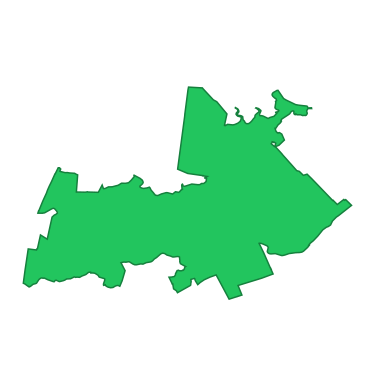 Snagov, Ilfov, Romania, rotated 5°
{"feature_id": "2599482B17655976887004", "entity_name": "Snagov", "entity_type": "district", "adm_level": 2, "iso_a3": "ROU", "parent_name": "Romania", "parent_adm1": "Ilfov", "projection": "natural_earth1", "projection_center": [26.137, 44.692], "detail": "fine", "context": "isolated", "style": "filled", "palette": "green", "viewbox_px": 384, "rotation_deg": 5, "n_neighbors": 0, "source": "geoboundaries", "source_scale": "gbopen_adm2", "svg_char_len": 6015}
<svg xmlns="http://www.w3.org/2000/svg" viewBox="0 0 384 384"><g transform="rotate(5 192 192)"><path d="M56.6,179.5L54.1,185.9L53.9,185.9L51.2,193.7L49.3,198.6L47.9,202.7L47.1,205.8L44.2,213.9L41.0,224.2L40.8,224.2L40.3,226.5L44.6,226.2L47.0,225.6L53.9,220.9L55.3,220.3L56.5,220.6L58.6,222.6L59.4,223.6L59.7,224.8L58.4,226.1L56.8,227.0L54.8,229.2L51.9,251.6L44.8,248.0L43.0,261.7L42.9,262.1L42.2,262.4L42.1,263.3L33.8,263.0L32.5,284.3L31.9,297.6L33.4,298.1L36.9,300.2L37.7,300.3L38.0,300.8L39.3,300.1L41.7,297.8L44.4,296.8L45.1,296.3L47.1,292.6L48.1,291.6L49.1,290.9L49.8,290.7L51.3,290.9L52.1,290.6L52.6,290.7L56.1,292.0L61.8,293.4L62.7,293.3L63.3,292.1L64.3,291.7L67.6,292.8L68.2,292.7L71.4,291.6L72.9,290.9L74.6,289.6L78.6,289.0L82.2,286.8L83.3,287.2L84.9,286.8L87.5,286.8L89.7,285.3L93.4,283.5L95.9,281.1L97.1,280.8L98.0,280.7L98.2,281.5L100.3,281.3L102.3,281.4L105.3,282.9L106.0,283.5L106.7,284.6L107.2,284.9L112.5,286.0L112.8,286.6L112.6,288.2L111.9,290.9L111.9,292.3L112.2,292.7L113.7,292.0L114.0,292.7L115.0,293.4L116.7,294.1L119.3,294.5L121.6,294.0L124.1,292.2L125.9,291.6L126.8,291.6L128.3,292.2L130.1,286.6L132.2,276.2L127.4,268.6L130.2,267.7L132.2,267.7L134.9,267.0L135.7,267.0L139.6,269.0L141.4,269.5L143.2,269.3L147.1,268.1L149.5,268.1L152.5,266.4L156.7,265.3L157.8,264.8L158.9,263.8L160.3,262.0L162.4,260.4L166.2,256.4L168.0,255.5L169.6,255.6L170.6,255.9L172.5,257.0L176.2,257.7L178.3,258.4L179.7,258.3L183.1,257.5L184.8,257.6L185.2,257.8L185.6,260.1L185.9,261.4L185.9,262.5L186.7,264.4L191.8,266.7L191.5,266.8L191.5,267.5L191.0,268.9L191.1,269.5L190.1,270.8L189.4,270.7L189.0,271.2L187.9,271.5L186.3,271.5L185.3,271.1L184.0,271.6L183.4,273.0L183.5,273.5L183.1,273.8L182.7,274.8L182.7,276.1L181.8,277.7L179.1,278.5L176.5,278.9L179.7,284.2L180.3,285.4L180.8,285.2L182.1,290.1L185.0,291.7L186.3,293.6L198.6,285.2L198.8,284.8L198.8,282.6L199.0,281.6L198.5,279.2L201.9,277.9L202.2,278.0L203.0,280.0L205.8,283.8L208.1,281.4L211.8,278.4L217.4,275.2L223.3,272.5L238.3,295.5L250.7,290.3L246.0,281.1L268.9,271.8L279.9,266.6L277.7,262.6L277.8,262.4L277.2,261.4L277.1,261.6L268.7,246.3L263.3,237.3L263.9,237.1L265.5,237.2L267.4,237.7L271.2,239.0L272.0,239.5L272.8,240.7L272.2,244.4L272.3,245.1L273.3,246.2L274.5,246.7L276.0,246.8L280.4,246.1L286.8,247.5L287.8,247.4L290.2,246.6L294.0,244.9L300.6,243.4L304.5,242.9L306.7,242.3L308.3,241.2L312.0,237.1L313.5,234.8L313.0,234.7L314.1,232.9L317.1,230.0L321.1,225.0L325.6,218.3L328.9,215.4L330.8,214.5L332.9,212.8L334.5,208.6L338.0,204.4L340.0,202.8L352.1,191.4L345.8,186.2L344.8,187.0L343.9,186.2L337.8,191.8L333.2,187.9L332.9,188.2L310.1,168.3L305.1,164.2L301.5,165.7L297.1,162.1L294.5,161.6L279.2,147.2L278.9,147.3L279.1,147.1L278.1,146.0L271.5,140.0L270.8,139.7L274.5,137.9L279.5,132.2L276.4,126.5L274.0,125.2L272.6,125.8L272.4,125.4L271.6,125.4L270.4,124.2L269.2,121.4L269.8,121.4L271.9,117.6L273.6,115.9L274.7,114.3L274.3,114.2L274.7,113.0L274.4,112.8L275.2,111.4L281.8,106.2L282.6,105.4L283.8,103.3L285.2,102.4L286.2,102.5L286.5,103.1L286.6,104.7L287.3,105.8L288.2,105.9L288.3,105.4L288.6,105.1L289.8,105.9L293.4,105.6L295.6,106.2L297.0,105.9L298.5,105.9L299.2,105.4L299.9,104.0L299.9,103.3L299.4,102.3L299.2,100.9L300.2,99.0L300.7,98.7L303.9,98.5L303.7,97.7L300.1,98.2L299.7,97.1L299.0,96.4L290.7,96.2L287.6,95.9L277.8,92.2L275.1,90.9L268.8,83.2L267.6,83.5L266.7,84.2L264.2,85.9L263.5,87.0L263.3,87.9L263.5,88.7L264.2,89.6L266.2,91.2L267.4,91.6L268.3,93.5L267.3,94.4L267.6,95.1L267.6,96.5L267.4,98.5L267.5,100.5L267.3,100.5L267.4,101.0L268.2,101.9L270.2,102.8L270.9,102.8L271.4,103.4L271.0,104.3L270.5,104.6L268.9,105.0L268.4,105.3L268.5,105.6L269.7,105.9L269.7,106.1L267.0,109.5L263.3,110.9L261.4,112.1L256.4,110.2L254.8,109.9L253.2,110.1L252.8,109.7L252.5,109.0L252.7,107.8L253.5,105.7L253.5,104.8L251.1,103.1L248.4,102.5L248.2,102.8L248.7,102.9L251.3,104.7L251.6,105.2L251.7,106.1L251.3,106.8L250.0,107.9L250.1,108.0L249.5,108.6L249.8,109.0L249.5,108.7L249.2,108.9L249.5,109.2L249.1,109.0L248.9,109.3L249.2,109.5L248.8,109.3L248.2,110.0L248.0,112.3L247.0,113.4L245.4,116.0L243.9,117.8L242.5,118.9L240.8,119.2L240.1,119.1L238.7,118.2L238.2,117.0L236.6,115.6L235.9,112.5L234.7,111.9L233.4,111.6L231.7,111.7L230.7,111.1L230.2,110.3L231.4,108.7L231.7,107.9L231.4,106.7L230.7,105.6L230.1,105.1L227.9,104.1L227.8,104.5L229.9,105.6L230.5,106.1L230.6,106.6L230.2,108.4L229.4,109.2L229.2,109.8L229.1,110.7L229.9,111.7L231.1,112.5L233.9,112.9L234.6,113.5L234.5,115.5L234.0,116.7L234.0,117.3L231.6,119.5L228.8,121.0L226.9,121.6L221.5,121.5L220.4,122.4L219.3,122.4L219.2,123.0L218.6,122.9L218.6,122.2L220.0,111.2L208.8,99.9L205.2,98.3L193.9,88.1L193.3,87.4L179.4,87.8L179.1,90.5L178.1,114.6L178.1,117.1L175.7,170.5L186.1,173.9L200.8,174.7L201.6,174.7L201.5,175.0L205.8,175.2L204.6,176.0L204.7,176.3L204.4,176.4L203.5,176.8L203.7,177.1L204.9,176.8L205.3,177.0L205.3,177.3L205.1,177.3L205.2,180.1L204.8,180.7L203.3,182.2L202.7,182.5L200.7,182.7L199.3,183.9L197.4,184.2L191.1,184.1L184.2,187.0L182.4,186.7L182.1,185.3L181.7,185.0L181.3,185.5L181.2,186.5L181.8,189.4L181.5,190.4L181.8,190.4L181.3,190.9L181.1,190.8L180.8,191.1L180.2,191.9L179.9,192.6L178.8,193.5L175.5,193.2L172.9,195.7L167.5,194.8L166.3,194.9L161.7,196.6L158.3,198.5L155.8,198.4L154.9,197.4L154.4,197.2L154.2,196.7L151.1,193.7L149.7,191.4L149.1,190.9L146.8,191.9L143.3,192.7L141.3,192.4L139.9,191.7L139.6,191.2L139.7,190.5L140.4,189.9L142.1,188.0L142.5,186.7L142.1,185.6L141.4,184.5L139.2,183.0L132.8,180.3L132.7,180.5L133.2,181.1L132.9,182.0L130.4,185.6L128.0,188.3L125.1,189.1L121.0,189.4L117.9,191.7L112.0,193.8L108.3,194.2L105.3,196.0L103.8,196.4L103.4,196.2L101.9,192.9L98.7,200.5L90.4,201.0L88.7,201.1L88.0,200.9L85.7,201.5L76.8,202.1L76.6,184.9L74.8,184.3L73.5,183.6L68.4,183.7L66.1,183.5L63.9,183.8L58.9,183.0L58.5,182.8L59.2,180.6L58.7,180.3L58.4,179.8L57.9,179.7L57.7,179.4L56.6,179.5ZM270.8,139.7L267.2,137.5L266.7,137.0L267.3,136.2L267.5,135.1L267.8,135.3L268.1,135.0L269.0,135.5L269.3,135.1L271.2,136.1L270.9,137.4L270.8,139.7Z" fill="#22c55e" stroke="#15803d" stroke-width="1.5"/></g></svg>